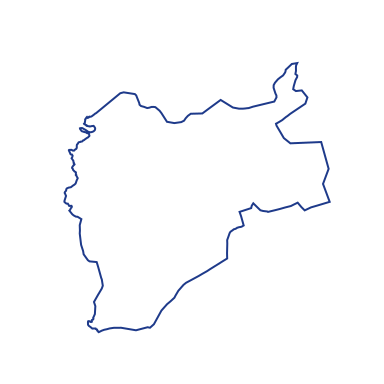 Bukkuyum, Zamfara, Nigeria (Natural Earth projection), rotated 72°
{"feature_id": "59680162B43558777101724", "entity_name": "Bukkuyum", "entity_type": "district", "adm_level": 2, "iso_a3": "NGA", "parent_name": "Nigeria", "parent_adm1": "Zamfara", "projection": "natural_earth1", "projection_center": [5.481, 11.985], "detail": "fine", "context": "isolated", "style": "outline", "palette": "blue", "viewbox_px": 384, "rotation_deg": 72, "n_neighbors": 0, "source": "geoboundaries", "source_scale": "gbopen_adm2", "svg_char_len": 5520}
<svg xmlns="http://www.w3.org/2000/svg" viewBox="0 0 384 384"><g transform="rotate(72 192 192)"><path d="M243.9,64.1L224.8,64.9L212.2,54.9L184.4,53.7L176.1,83.4L169.1,88.0L163.1,89.3L155.0,91.1L153.0,91.0L152.9,90.3L152.3,87.4L151.5,84.0L150.5,81.5L149.6,79.1L149.3,77.9L148.0,74.4L143.0,56.9L137.7,53.0L129.3,56.2L128.1,62.0L125.5,64.0L124.0,63.2L122.6,62.4L117.6,59.0L115.2,56.5L113.7,55.9L111.7,57.2L109.0,55.7L105.1,54.5L103.7,53.8L101.9,52.1L101.1,57.5L103.5,62.5L104.7,65.1L105.8,65.6L107.0,66.4L108.1,67.8L109.3,69.4L110.3,72.6L111.4,75.5L113.7,79.3L115.6,81.3L118.1,82.2L121.3,82.2L124.2,82.2L126.2,81.9L128.1,82.4L131.4,85.8L129.7,107.6L129.7,109.6L129.7,112.1L129.2,114.4L129.0,115.6L128.5,117.7L128.4,118.1L127.3,121.5L124.3,127.0L113.3,136.3L117.2,148.1L118.1,150.8L120.5,157.9L117.2,169.0L118.3,172.4L119.9,175.2L121.7,177.5L122.2,180.6L121.0,187.5L117.5,194.1L107.5,196.7L104.7,197.7L100.0,200.6L99.2,202.2L98.6,204.2L98.6,206.7L98.3,208.7L96.2,211.3L94.5,213.9L92.8,214.9L91.0,214.7L84.9,215.1L82.9,215.2L81.2,216.1L76.1,226.2L75.9,229.7L87.4,258.9L87.5,259.8L88.0,261.0L88.3,261.9L88.9,263.6L89.1,264.4L89.0,265.7L88.9,266.2L88.6,266.4L88.7,266.8L88.9,266.7L89.1,266.9L89.0,267.4L89.3,267.8L89.3,268.3L88.8,268.5L88.2,268.7L88.6,269.5L89.1,270.0L89.6,270.5L89.8,271.1L90.2,271.3L90.7,271.4L91.4,271.7L92.2,272.2L92.8,272.4L93.2,272.6L93.5,273.2L93.7,273.6L94.2,273.5L94.7,272.8L95.3,272.5L95.8,271.7L96.5,271.8L96.6,271.7L96.8,271.3L96.8,271.1L97.3,270.5L97.5,270.0L97.7,269.7L97.8,269.3L98.0,269.2L98.2,268.6L98.3,267.3L98.6,265.7L98.6,265.4L99.0,265.0L99.5,264.8L100.4,264.6L101.2,264.4L102.1,264.6L103.2,265.4L103.8,266.7L104.0,267.7L104.0,268.8L103.8,270.3L103.6,270.6L103.1,271.4L102.4,272.4L101.4,273.0L100.8,273.5L100.0,274.1L99.2,274.9L98.3,275.7L97.7,276.2L97.2,276.8L97.1,277.1L97.0,277.5L96.8,278.4L96.8,278.9L97.2,279.0L97.5,278.9L98.1,278.8L98.8,278.5L99.8,278.2L100.4,277.7L101.0,276.7L101.4,276.3L101.8,275.6L102.3,274.9L102.6,274.3L103.0,274.0L103.5,273.7L103.8,273.4L103.9,272.9L104.3,272.1L104.6,272.0L105.6,272.1L106.6,272.1L107.2,272.5L107.4,273.2L107.9,273.9L108.1,275.1L108.4,276.2L108.8,277.3L108.9,277.8L109.3,278.6L109.3,279.7L109.8,280.4L110.0,281.1L109.9,281.7L109.7,282.2L109.9,282.8L109.8,283.3L109.7,284.2L109.9,284.8L110.6,285.4L111.0,286.0L111.3,286.7L111.9,287.1L113.6,287.7L113.8,287.8L114.0,287.8L114.3,288.0L114.7,288.2L114.8,288.3L115.0,288.5L115.2,288.8L115.2,289.0L115.3,289.4L115.5,289.8L115.6,290.5L115.8,290.9L116.1,291.1L116.2,291.4L115.9,292.3L115.8,292.5L115.3,293.0L115.1,293.2L114.9,293.3L114.7,293.6L114.5,293.9L114.5,294.0L114.4,294.6L114.2,295.1L114.1,295.5L114.0,295.9L114.2,296.2L114.8,296.2L115.2,296.2L115.8,296.1L117.6,295.9L118.0,295.9L118.3,295.9L118.8,295.6L119.0,295.4L119.1,295.2L119.2,294.9L119.3,294.6L119.7,294.5L119.9,294.5L120.1,294.4L120.4,294.3L120.6,294.4L120.8,294.5L121.1,294.6L121.7,295.0L122.7,296.1L125.7,295.2L126.0,295.2L126.2,295.3L126.4,295.4L126.8,295.4L127.0,295.4L127.2,295.5L127.5,295.5L127.7,295.4L127.9,295.3L128.1,295.4L128.3,295.6L128.5,295.7L129.1,295.2L129.3,295.2L129.5,295.2L130.0,296.2L130.2,296.6L130.9,297.7L131.7,298.5L132.0,298.6L132.3,298.6L132.6,298.4L132.9,298.3L133.5,298.2L133.9,298.3L134.1,298.3L134.6,298.1L135.4,297.7L136.2,297.4L136.5,297.1L136.8,296.8L136.9,296.6L137.0,296.6L137.3,296.6L137.7,296.4L137.8,296.4L138.0,296.5L138.4,296.7L138.8,296.8L139.0,296.9L139.3,296.9L139.5,296.9L139.6,297.1L139.9,297.2L140.0,297.0L140.1,296.8L141.1,296.9L142.2,296.7L143.5,296.4L144.3,297.1L145.2,298.0L146.3,298.8L148.0,300.1L148.7,301.6L149.1,303.2L150.0,305.6L149.9,306.7L149.7,308.0L149.9,309.9L150.4,310.6L150.9,310.9L151.8,311.3L152.4,312.3L152.8,312.9L153.5,313.4L154.6,313.2L156.1,313.1L156.8,313.0L160.8,315.9L161.9,316.4L162.9,315.9L163.6,315.5L164.2,315.0L164.2,314.9L164.6,314.1L164.7,313.7L165.9,313.4L167.3,313.1L167.8,311.3L167.9,310.9L168.8,310.8L169.5,311.3L170.0,312.3L171.2,313.3L171.8,314.4L176.3,312.7L177.9,311.6L179.5,310.1L180.0,309.0L180.2,308.5L183.6,305.6L188.8,309.0L194.0,310.5L196.8,311.6L208.0,313.8L210.1,313.8L214.5,313.8L217.8,314.3L224.7,312.1L226.3,310.9L229.0,304.7L229.2,304.3L234.3,304.4L245.7,304.9L247.3,304.8L253.6,305.8L256.0,307.7L260.9,313.3L266.3,319.2L270.7,319.2L278.1,322.1L281.2,324.9L282.1,324.9L282.7,325.4L282.8,326.7L283.4,327.3L284.4,327.3L284.5,328.1L284.2,328.7L282.9,329.9L282.9,330.8L284.0,331.3L286.1,331.9L287.4,331.5L289.0,330.3L291.1,329.0L291.5,327.4L291.9,326.4L292.0,325.9L292.7,325.8L293.2,325.0L293.6,324.8L294.0,325.0L294.5,325.0L294.7,324.7L294.9,324.6L295.2,324.5L295.5,324.3L295.8,324.1L296.0,324.3L296.5,324.0L296.0,320.7L295.9,318.1L296.2,315.3L296.3,312.5L297.0,308.4L299.2,301.4L306.2,288.0L306.9,276.0L308.1,273.9L306.0,269.1L295.3,257.7L291.0,250.4L289.4,246.4L287.1,241.4L285.5,239.8L281.7,235.5L277.7,228.8L276.5,225.7L275.7,221.2L273.9,211.4L273.0,207.4L271.9,202.0L271.0,198.8L268.0,186.7L267.9,186.4L266.1,179.1L261.1,177.6L252.0,174.4L248.6,173.4L245.1,170.7L243.1,169.2L242.8,169.0L241.7,167.7L240.8,164.8L240.7,164.6L240.4,163.9L240.4,163.3L240.5,162.6L240.4,162.2L240.4,161.5L240.2,160.9L240.1,160.4L239.9,160.0L240.0,159.5L240.0,158.9L240.0,158.0L240.2,157.1L240.3,156.3L240.3,155.4L240.0,154.1L239.8,153.2L230.3,152.8L225.6,152.9L225.6,147.1L225.6,140.7L223.5,139.4L221.7,137.2L226.9,134.5L230.5,132.6L232.0,130.3L233.8,126.4L234.4,125.9L235.0,118.2L235.3,113.5L235.5,108.0L235.9,102.3L235.4,99.1L234.8,94.8L240.2,92.6L244.3,90.5L243.4,83.5L243.6,77.3L243.9,64.1Z" fill="none" stroke="#1e3a8a" stroke-width="2"/></g></svg>